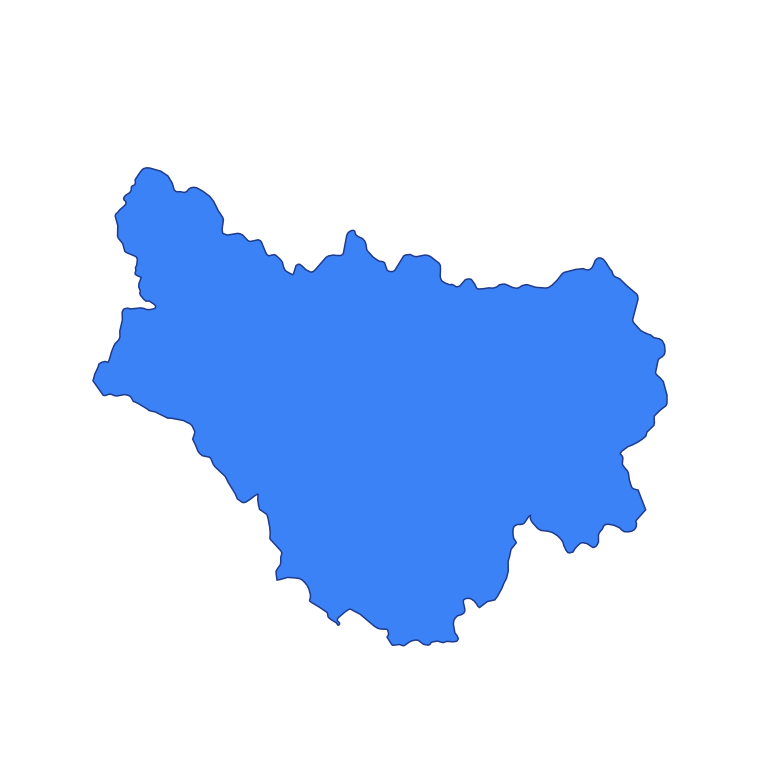 Ha Lang, Cao Bằng, Vietnam, rotated 256°
{"feature_id": "81297802B75623207701482", "entity_name": "Ha Lang", "entity_type": "district", "adm_level": 2, "iso_a3": "VNM", "parent_name": "Vietnam", "parent_adm1": "Cao Bằng", "projection": "mercator", "projection_center": [106.692, 22.709], "detail": "fine", "context": "isolated", "style": "filled", "palette": "blue", "viewbox_px": 768, "rotation_deg": 256, "n_neighbors": 0, "source": "geoboundaries", "source_scale": "gbopen_adm2", "svg_char_len": 6159}
<svg xmlns="http://www.w3.org/2000/svg" viewBox="0 0 768 768"><g transform="rotate(256 384 384)"><path d="M219.6,604.9L221.7,601.0L223.4,599.6L224.9,599.2L231.6,598.9L238.8,599.6L241.2,599.0L243.6,597.6L248.4,595.8L254.1,597.8L256.0,597.9L259.3,596.3L261.3,598.5L264.2,605.4L264.7,609.8L266.2,616.3L268.0,621.3L270.1,625.5L273.6,627.4L278.6,635.9L281.3,637.1L286.2,638.0L287.8,638.9L291.9,645.9L294.8,652.5L296.8,653.9L304.7,655.9L318.8,655.6L323.1,653.4L327.6,650.4L329.5,650.3L340.9,655.8L342.2,657.4L343.0,660.2L344.9,663.3L348.3,664.8L354.1,665.6L358.9,664.4L361.3,662.0L363.6,657.2L367.3,654.3L369.1,651.3L373.5,646.2L382.3,641.4L384.1,640.8L386.0,640.7L404.8,651.0L408.1,651.5L410.1,650.9L421.2,643.0L429.1,638.1L432.5,633.7L434.7,632.7L438.4,632.4L441.4,630.9L447.7,628.9L451.7,627.1L453.6,625.2L454.4,622.9L453.9,620.7L452.7,618.8L448.6,615.8L446.4,613.7L445.4,611.6L445.3,609.5L446.1,607.5L447.7,605.4L448.8,597.9L448.7,585.6L447.7,583.3L442.9,577.2L439.2,570.9L437.8,567.0L438.0,564.0L441.2,554.4L445.7,547.1L446.1,545.3L446.0,541.5L444.9,538.6L444.7,536.5L445.3,534.7L446.6,532.1L451.6,525.7L452.2,523.3L452.3,519.7L451.0,517.1L450.6,514.3L450.9,512.0L451.9,509.1L452.5,503.0L453.2,499.3L453.8,497.6L455.4,496.9L458.7,496.3L464.3,494.1L465.3,492.2L465.7,489.9L465.4,487.9L460.9,481.5L460.5,478.9L461.1,477.3L462.7,475.9L464.2,474.0L464.5,471.6L467.1,467.9L470.0,465.1L472.5,464.5L474.9,464.6L482.4,466.8L485.5,467.3L487.7,466.8L496.4,460.0L498.1,457.8L499.2,455.0L499.7,446.2L500.7,443.9L503.4,440.7L504.0,435.8L503.4,434.0L491.7,422.0L491.0,419.9L491.5,417.4L492.4,415.8L493.7,414.6L501.5,413.9L502.9,412.6L504.6,408.7L509.6,404.2L517.6,400.0L518.8,399.8L523.6,400.3L527.2,400.0L530.4,398.2L533.6,394.3L535.8,392.7L539.5,392.5L540.4,391.6L540.8,390.1L540.2,387.1L539.0,385.2L536.6,383.5L521.1,376.4L519.5,375.0L519.2,372.9L520.2,369.0L521.4,366.0L521.7,361.2L520.9,358.4L511.2,344.5L510.3,342.6L510.1,340.8L510.7,339.4L513.9,335.8L518.1,333.2L520.5,331.2L520.9,329.7L520.3,327.4L512.9,322.9L512.3,321.5L516.8,316.6L518.8,315.4L522.7,314.8L526.8,314.9L530.1,313.5L535.2,310.1L536.1,308.8L536.3,303.3L537.3,302.0L540.4,301.0L551.0,299.5L552.9,298.8L554.4,296.8L554.6,289.6L555.0,287.9L556.3,286.5L562.8,282.9L564.8,280.4L565.6,278.2L566.4,268.1L568.8,264.4L569.8,264.0L573.2,264.3L582.1,267.9L584.7,267.8L592.3,265.1L602.7,262.8L608.4,260.2L615.2,254.6L619.9,249.5L621.0,246.5L621.1,244.0L620.3,241.5L618.6,239.4L618.1,237.5L618.5,235.7L619.8,233.1L620.7,229.4L621.8,228.2L623.3,227.4L630.2,227.1L638.1,224.7L644.5,218.9L650.2,209.0L651.2,206.0L651.2,203.2L650.6,201.4L648.1,198.1L642.4,191.9L639.3,191.4L638.1,190.7L637.3,189.5L637.1,187.7L636.2,186.5L633.3,185.6L631.3,183.8L629.6,178.9L628.1,176.9L626.7,176.1L625.4,176.3L623.6,177.6L621.5,177.3L620.2,176.0L616.7,169.3L615.0,167.3L614.0,165.2L612.9,164.2L611.6,163.8L602.1,164.0L591.9,161.2L589.4,161.6L583.6,164.4L575.7,164.6L574.3,165.4L573.3,166.6L568.4,173.2L566.9,174.5L565.9,174.7L564.6,174.8L559.1,172.8L557.3,171.1L554.0,170.6L551.9,169.3L550.7,169.2L549.5,170.0L546.3,174.0L545.8,174.0L540.9,170.6L538.2,169.7L537.1,169.5L533.5,170.1L532.4,169.8L531.5,169.0L529.1,169.1L524.6,171.2L522.0,173.0L521.2,176.4L517.1,180.1L514.8,181.3L513.8,180.8L512.9,180.2L512.7,178.6L512.9,174.4L513.7,171.6L515.3,169.5L516.7,166.4L518.1,156.4L519.6,153.7L519.8,150.6L519.4,149.2L517.0,147.3L509.4,145.6L499.4,140.5L493.6,139.2L491.7,137.9L490.6,136.8L488.1,132.7L485.9,130.8L481.6,127.7L473.6,123.0L471.8,121.5L473.4,118.6L473.3,114.9L472.3,112.2L469.6,110.7L463.7,105.9L457.5,102.4L441.0,108.8L440.2,110.8L440.6,114.5L440.2,116.5L437.8,119.9L437.0,121.8L436.5,129.7L435.0,132.9L434.0,134.2L432.1,135.4L427.7,136.6L426.6,138.4L424.8,140.4L416.9,148.4L415.1,149.6L412.2,155.3L403.2,165.9L402.2,169.5L397.1,180.5L392.4,186.0L390.4,187.5L384.2,188.9L382.3,188.5L376.7,185.0L370.1,186.4L363.9,187.2L360.7,188.6L358.3,190.5L355.3,196.8L353.8,197.9L347.3,198.9L344.9,199.8L332.7,207.6L325.9,209.1L313.8,213.0L308.0,213.9L303.9,217.4L302.9,218.8L302.8,219.9L302.8,221.4L304.3,225.8L306.9,231.8L307.7,234.8L307.2,235.1L302.3,233.5L296.3,232.9L292.3,233.0L286.3,238.3L284.9,238.9L281.0,239.0L272.1,238.4L266.4,237.4L262.1,236.0L261.0,236.0L247.4,243.4L244.9,244.1L240.6,241.8L236.0,240.7L233.5,239.5L230.6,236.0L228.5,234.0L226.0,233.4L219.6,232.8L219.4,235.7L219.7,243.5L217.6,250.1L215.7,254.9L213.9,257.1L210.6,259.1L206.9,260.8L202.5,261.6L197.4,261.6L194.8,261.0L192.0,259.4L191.2,259.5L190.3,260.1L182.9,267.5L176.3,273.3L175.4,273.7L172.0,273.4L170.8,273.7L167.8,276.0L164.0,279.8L161.3,280.9L161.0,281.7L161.3,282.2L161.7,282.7L163.0,283.0L165.6,281.5L166.7,281.7L168.1,282.7L172.2,290.9L173.6,294.5L173.9,296.7L166.3,305.2L151.4,316.0L148.6,318.7L147.0,321.6L145.3,327.5L144.4,328.0L140.9,328.1L139.1,327.3L137.7,325.7L129.8,328.3L128.8,328.7L128.3,329.4L127.5,336.1L125.5,339.0L125.3,340.6L127.4,345.8L128.1,349.1L127.9,353.0L126.9,355.3L121.9,359.3L120.1,363.1L119.9,364.6L120.4,365.8L121.7,367.1L122.0,368.6L121.6,373.7L118.7,378.8L119.1,382.7L117.2,388.4L116.8,391.4L117.1,392.8L118.9,394.5L122.1,394.0L125.4,392.6L134.3,393.2L137.5,394.5L139.6,396.4L141.3,399.2L141.5,403.4L142.3,405.9L144.1,407.5L146.3,408.0L153.0,408.2L155.1,408.9L155.7,410.0L156.0,412.1L155.7,413.9L154.5,416.5L151.7,418.9L148.2,420.6L145.4,421.4L144.0,422.7L147.9,431.7L147.7,439.3L150.5,442.7L157.3,449.0L161.5,452.0L165.9,455.9L172.4,459.3L182.0,461.6L186.1,464.0L192.9,467.3L197.9,473.9L199.2,473.8L202.8,472.5L207.1,472.8L212.1,474.2L214.5,475.9L215.4,479.5L214.4,483.9L215.1,486.5L220.4,492.4L221.0,494.3L218.0,493.4L216.1,493.7L213.3,494.6L206.5,498.3L204.1,500.6L201.3,507.8L199.2,511.5L194.9,515.6L190.5,518.2L187.3,519.3L183.5,519.4L179.0,520.3L175.9,521.7L175.2,523.3L175.3,526.8L178.1,529.5L180.4,533.1L182.0,536.2L182.0,538.3L180.0,542.4L174.9,547.0L174.7,548.2L175.0,550.1L176.3,551.9L178.8,553.9L185.8,555.6L187.9,557.3L190.5,560.8L193.0,562.7L193.8,564.2L194.0,565.5L193.7,567.7L191.4,572.8L187.4,577.9L184.7,579.4L182.6,581.4L181.5,585.1L181.2,588.7L182.0,591.4L183.7,593.6L185.1,594.5L187.3,595.2L189.8,595.2L190.7,595.8L198.7,607.5L219.6,604.9Z" fill="#3b82f6" stroke="#1e3a8a" stroke-width="1.5"/></g></svg>